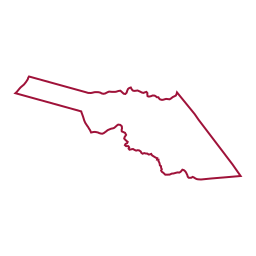 outline of Santo Antônio do Tauá, Pará, Brazil
{"feature_id": "56859067B37028774968371", "entity_name": "Santo Antônio do Tauá", "entity_type": "district", "adm_level": 2, "iso_a3": "BRA", "parent_name": "Brazil", "parent_adm1": "Pará", "projection": "mercator", "projection_center": [-48.203, -1.096], "detail": "fine", "context": "isolated", "style": "outline", "palette": "rose", "viewbox_px": 256, "rotation_deg": 0, "n_neighbors": 0, "source": "geoboundaries", "source_scale": "gbopen_adm2", "svg_char_len": 2256}
<svg xmlns="http://www.w3.org/2000/svg" viewBox="0 0 256 256"><path d="M91.1,132.5L93.5,132.0L94.9,131.9L96.7,132.2L98.0,132.5L99.2,133.1L101.0,133.6L102.4,133.7L103.8,133.1L106.4,131.2L107.6,130.2L109.4,129.4L111.1,128.7L113.1,128.3L114.3,127.8L115.7,126.6L117.0,125.4L118.2,124.6L120.3,124.9L121.8,126.3L122.0,128.4L121.6,129.9L121.8,131.4L125.0,132.8L126.1,134.9L124.6,137.1L124.2,138.6L125.2,139.7L126.6,141.0L127.7,141.9L127.1,143.2L125.6,143.9L124.9,145.1L126.0,146.1L128.3,146.1L129.2,147.4L128.6,148.6L129.5,149.7L131.3,149.3L133.0,149.0L134.5,149.9L136.1,150.6L137.7,150.2L139.1,150.4L140.7,151.5L141.4,152.9L142.6,153.7L144.2,153.1L145.7,153.5L147.4,153.6L148.6,154.5L149.9,154.4L151.2,153.9L152.1,155.4L154.2,156.7L155.8,157.7L157.3,158.2L157.0,159.6L158.5,159.7L158.5,161.2L159.3,162.5L159.7,164.0L159.9,165.4L161.0,166.2L161.1,167.9L161.8,169.2L161.1,170.5L161.9,171.8L163.2,172.7L165.3,174.7L169.6,174.6L171.8,173.6L173.4,173.5L174.9,173.1L176.3,172.7L177.8,172.4L179.2,172.6L180.5,171.9L181.6,170.7L182.4,169.7L183.8,170.1L185.1,171.2L186.0,172.4L187.4,175.3L187.7,176.6L188.6,177.7L189.9,177.8L191.4,177.7L192.6,176.9L193.8,177.4L195.0,178.2L196.5,179.0L197.9,179.3L201.0,179.5L211.1,178.5L221.8,177.6L223.2,177.5L240.6,176.0L232.5,164.4L227.1,157.3L226.1,156.0L224.7,154.1L217.7,144.9L198.6,119.8L194.6,114.0L177.0,92.4L176.5,94.2L175.8,95.6L172.7,97.1L171.1,98.4L169.6,99.3L166.1,98.9L164.6,99.3L163.3,99.7L162.0,99.9L160.1,99.4L159.1,98.5L158.4,97.3L156.8,97.2L155.8,96.3L154.6,95.6L152.6,95.5L150.9,96.2L148.9,96.6L147.6,96.2L147.3,94.5L147.4,93.1L146.4,91.9L144.7,92.4L143.4,92.9L141.8,92.5L140.3,91.7L137.6,90.5L134.6,90.9L133.1,90.7L131.9,89.6L130.8,87.5L129.3,88.0L128.1,88.9L127.3,90.5L126.6,92.7L125.3,94.0L123.7,93.7L122.6,92.7L120.4,90.7L118.4,91.0L116.2,91.7L114.9,91.9L112.3,91.9L109.1,91.6L107.8,92.1L106.6,92.7L105.1,93.5L103.4,93.8L101.6,93.4L100.5,92.7L98.6,92.2L95.9,92.1L94.4,92.2L92.5,92.7L90.9,93.0L88.1,92.9L85.8,92.2L29.0,76.5L28.2,77.8L27.8,79.2L26.0,82.0L24.0,84.5L20.7,87.3L19.5,88.6L16.8,91.9L15.4,93.2L63.6,106.5L81.2,111.4L81.6,112.7L82.1,114.0L83.1,116.8L83.6,118.4L84.1,120.1L84.7,121.6L85.3,122.9L87.2,125.8L88.1,127.0L89.0,128.6L90.0,130.1L91.1,132.5Z" fill="none" stroke="#9f1239" stroke-width="2"/></svg>